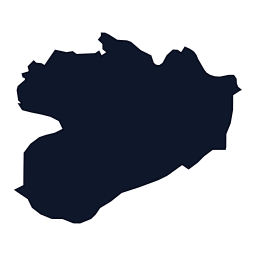 outline of Unchon, Hwanghae-namdo, North Korea
{"feature_id": "82179303B30475034164158", "entity_name": "Unchon", "entity_type": "district", "adm_level": 2, "iso_a3": "PRK", "parent_name": "North Korea", "parent_adm1": "Hwanghae-namdo", "projection": "robinson", "projection_center": [125.456, 38.592], "detail": "fine", "context": "isolated", "style": "filled", "palette": "ink", "viewbox_px": 256, "rotation_deg": 0, "n_neighbors": 0, "source": "geoboundaries", "source_scale": "gbopen_adm2", "svg_char_len": 1373}
<svg xmlns="http://www.w3.org/2000/svg" viewBox="0 0 256 256"><path d="M225.1,149.1L225.5,147.0L225.6,133.9L230.0,123.1L232.3,110.0L232.4,101.4L232.4,94.8L239.0,90.5L240.6,89.7L237.5,87.3L236.2,83.8L236.1,83.5L235.9,79.0L233.6,75.6L232.6,75.6L228.7,75.6L219.8,77.4L214.5,77.0L209.5,75.4L205.8,72.9L203.4,69.6L197.3,59.0L195.9,55.4L193.5,52.1L189.8,49.6L185.0,47.4L183.1,50.5L181.8,52.5L181.4,53.2L177.4,50.5L173.1,50.3L167.2,55.7L163.1,63.4L159.4,65.9L155.7,65.4L153.2,63.3L150.7,55.9L140.4,50.8L130.7,42.5L126.8,41.1L117.0,40.5L108.7,35.2L104.9,33.4L101.6,33.3L101.7,36.1L98.8,39.6L103.1,43.6L103.2,48.9L107.6,52.3L101.3,56.3L98.9,51.5L95.4,53.9L76.3,54.7L72.6,51.9L66.6,52.9L55.3,50.5L44.7,66.0L41.2,63.9L35.8,63.4L33.7,61.2L28.4,66.6L29.5,70.9L28.7,72.1L22.4,73.9L23.1,76.7L25.8,78.0L25.6,80.2L18.3,86.5L17.4,90.2L18.9,100.1L21.2,102.3L21.4,104.2L19.0,104.0L22.6,109.5L31.2,111.7L42.0,113.9L50.6,116.1L59.3,120.5L63.5,129.2L54.8,133.5L46.1,135.6L39.6,137.8L30.9,144.3L24.4,153.0L24.3,161.7L24.2,168.2L24.1,181.2L24.1,185.6L15.4,189.9L21.8,194.3L28.3,198.6L30.4,203.0L32.5,207.3L41.1,213.9L51.9,218.2L62.7,218.3L73.5,222.6L80.0,222.7L90.8,218.3L95.2,214.0L99.6,207.5L110.4,201.0L121.3,192.3L127.8,190.2L140.8,185.9L158.2,179.4L166.9,175.1L182.1,164.2L188.6,168.6L197.3,162.1L203.8,155.6L212.5,149.1L225.1,149.1Z" fill="#0f172a" stroke="#020617" stroke-width="1.5"/></svg>